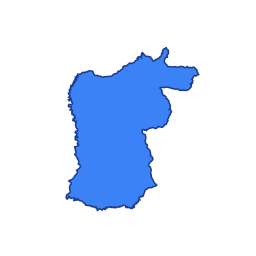 Ledesma, Jujuy, Argentina, rotated 150°
{"feature_id": "61730980B60516348074924", "entity_name": "Ledesma", "entity_type": "district", "adm_level": 2, "iso_a3": "ARG", "parent_name": "Argentina", "parent_adm1": "Jujuy", "projection": "orthographic", "projection_center": [-64.879, -23.773], "detail": "fine", "context": "isolated", "style": "filled", "palette": "blue", "viewbox_px": 256, "rotation_deg": 150, "n_neighbors": 0, "source": "geoboundaries", "source_scale": "gbopen_adm2", "svg_char_len": 5862}
<svg xmlns="http://www.w3.org/2000/svg" viewBox="0 0 256 256"><g transform="rotate(150 128 128)"><path d="M41.1,148.1L42.7,148.3L43.4,149.1L43.9,149.0L44.8,149.9L45.5,150.1L45.8,151.3L46.2,151.1L46.4,151.5L46.9,151.3L48.8,151.9L49.3,153.3L50.1,153.5L51.1,154.8L52.7,155.3L53.2,155.1L54.9,156.0L56.9,157.8L58.1,158.2L60.9,159.9L61.5,160.6L62.5,160.9L63.1,162.0L62.8,162.8L63.7,166.2L63.0,167.8L62.3,168.9L60.0,170.2L58.5,169.6L57.6,171.8L56.4,171.9L55.5,172.6L54.7,174.3L54.3,174.6L54.2,175.2L54.9,176.3L54.7,178.4L58.0,178.5L58.8,177.8L59.4,177.7L60.2,176.2L61.3,176.0L61.1,175.3L62.6,174.6L63.5,173.7L65.2,173.6L65.5,173.1L66.7,172.8L67.6,173.4L68.8,173.0L70.4,173.4L70.8,172.9L71.3,173.3L72.3,173.0L72.8,173.2L72.9,175.1L72.7,175.8L73.2,177.1L72.9,178.2L75.1,180.2L76.8,181.3L77.8,186.0L78.7,185.9L79.7,184.9L79.2,184.0L80.9,183.7L81.1,182.8L81.4,183.7L82.2,183.5L82.8,184.2L83.3,183.8L84.1,184.4L84.4,183.7L85.3,183.7L84.8,182.7L85.2,182.1L87.8,182.6L90.3,181.6L91.7,182.1L92.8,182.0L94.0,183.4L98.5,182.6L99.9,183.6L101.9,183.5L102.0,182.6L103.9,181.8L104.9,181.9L106.5,181.4L108.3,182.1L109.9,180.8L111.4,181.3L112.3,181.2L112.8,181.8L116.6,181.1L119.8,182.8L123.6,184.5L124.4,184.4L125.5,185.5L125.6,186.4L127.3,187.3L128.1,188.8L130.2,189.9L130.7,191.5L130.2,193.7L130.4,195.1L131.5,195.7L131.9,196.3L133.9,197.2L135.3,197.0L137.1,197.9L138.2,197.5L138.9,198.6L139.8,198.9L142.7,198.3L144.3,199.8L145.5,199.1L145.3,198.0L145.8,197.9L146.0,198.8L147.0,198.3L146.6,197.2L147.5,197.6L148.1,198.3L148.5,196.9L148.2,196.7L148.2,196.1L149.2,197.1L149.6,196.9L149.5,194.9L151.1,194.3L151.6,195.3L151.1,195.6L151.4,195.7L152.3,195.0L152.4,193.5L153.3,193.5L153.7,193.9L154.2,192.4L155.0,192.7L155.6,192.3L155.8,193.4L156.2,193.5L156.7,192.7L155.9,192.1L158.0,191.5L158.2,189.9L158.7,190.0L159.0,190.5L159.9,190.2L160.3,189.1L160.0,188.0L161.1,187.5L162.1,188.0L162.5,186.7L162.1,186.1L162.1,185.0L163.8,184.3L163.0,184.0L163.0,183.1L164.0,182.3L165.5,182.3L165.3,181.0L164.5,181.1L163.4,182.0L162.6,181.8L163.4,179.6L163.9,179.1L163.5,177.3L164.3,176.6L165.5,176.6L167.4,178.0L168.6,177.0L168.6,175.7L166.6,174.8L167.7,172.9L169.2,172.8L168.9,172.2L167.7,171.9L167.4,171.0L167.6,170.4L168.3,170.4L168.9,169.7L168.8,167.8L169.4,168.3L169.7,167.9L169.0,167.4L169.0,166.2L168.0,165.6L168.6,164.5L168.5,163.4L169.0,163.0L170.5,163.6L170.6,162.3L171.4,162.7L172.0,162.1L171.7,161.5L170.5,161.2L170.7,159.8L169.5,159.4L171.6,157.4L172.2,156.5L172.7,154.0L172.3,152.8L172.6,151.3L173.2,150.9L175.0,151.3L176.0,150.5L175.7,149.7L174.9,149.4L174.8,148.6L176.1,147.6L176.2,146.4L176.7,146.5L176.9,147.2L177.4,147.0L176.2,145.6L176.2,145.0L177.0,145.0L178.4,146.3L179.3,144.7L179.4,144.0L178.1,142.8L177.8,141.6L178.1,140.7L179.8,139.8L179.7,138.8L179.1,138.4L179.4,137.8L180.0,137.4L183.7,138.3L184.0,137.5L183.9,136.5L184.5,135.6L185.2,132.7L185.7,132.1L187.0,132.0L187.4,131.6L186.8,128.9L187.2,126.5L187.0,125.0L187.7,123.0L189.1,121.6L188.1,120.2L188.5,118.2L190.4,117.4L193.8,117.1L193.6,115.6L194.2,114.7L195.3,113.9L197.5,113.4L200.1,111.8L202.9,111.5L205.4,112.0L205.7,111.3L204.8,109.7L204.8,108.4L205.3,107.8L206.8,107.4L208.7,105.3L210.0,101.4L210.5,101.0L214.3,100.8L216.3,98.9L216.6,97.8L216.3,96.9L215.7,96.9L214.3,97.6L213.9,98.5L213.5,98.5L213.0,97.7L213.1,96.2L212.8,95.7L209.2,94.3L209.1,93.0L211.1,92.8L211.0,92.1L208.5,91.3L207.8,91.7L207.5,90.9L206.6,91.4L206.5,89.6L204.4,87.8L203.7,85.1L203.0,84.5L203.3,83.6L203.2,82.2L201.9,81.5L201.6,80.9L200.4,80.5L200.2,79.9L199.5,79.6L199.2,78.8L198.2,78.6L198.0,78.2L198.3,77.5L196.8,76.8L196.4,75.8L195.1,75.6L195.0,75.1L195.7,74.4L195.2,73.2L195.8,72.3L195.5,71.7L194.7,72.2L193.3,72.4L192.8,71.6L192.2,71.2L191.5,69.8L190.1,70.4L189.8,70.1L188.8,70.0L188.8,69.1L188.3,68.7L187.4,69.2L186.9,70.2L186.5,70.1L186.0,69.2L184.9,69.8L183.9,69.1L183.5,68.3L182.2,68.3L181.7,67.7L182.1,67.6L182.0,67.4L180.6,66.5L179.2,66.7L179.2,65.3L178.2,65.4L177.8,64.9L176.9,65.0L174.7,63.7L174.2,64.3L173.5,63.6L170.3,63.3L169.3,62.2L168.9,61.0L169.2,60.7L168.6,60.6L168.9,60.0L168.1,60.1L167.9,59.1L167.4,59.1L166.1,57.6L165.6,57.6L165.6,56.9L164.7,57.0L164.4,56.2L163.4,56.6L162.6,56.3L162.7,56.9L162.2,57.0L162.6,57.3L162.6,57.7L162.2,57.7L162.0,58.3L161.3,57.8L160.3,58.5L159.1,58.3L158.5,59.1L158.2,58.5L157.9,59.0L157.5,58.8L156.3,59.5L155.9,59.0L154.5,60.4L153.6,59.8L153.5,61.6L153.1,62.3L152.2,62.1L151.1,62.5L150.9,61.7L149.3,61.7L149.1,61.4L143.8,65.9L142.4,65.6L140.0,66.0L137.2,64.4L134.8,64.5L133.0,63.9L131.7,64.2L131.5,64.8L132.4,66.0L132.6,67.9L132.2,74.5L131.2,75.9L131.4,76.7L130.1,78.8L129.1,79.7L128.7,80.7L128.2,83.4L129.0,84.5L128.8,85.7L126.1,87.2L122.8,87.9L121.7,89.1L121.6,91.6L122.5,93.0L121.4,94.0L120.2,97.7L121.3,101.6L120.1,102.9L119.7,104.1L119.8,104.7L120.7,105.4L119.7,107.8L117.3,110.9L116.4,113.2L116.7,114.2L117.6,114.9L118.1,116.6L116.4,119.2L115.1,118.9L114.6,117.6L113.4,117.5L113.2,116.6L112.5,117.2L111.7,116.8L109.8,117.0L106.4,116.1L104.2,113.6L101.0,113.7L100.8,114.0L98.3,111.6L97.0,111.5L95.5,112.2L95.0,112.0L94.2,112.6L92.9,112.1L90.4,114.2L89.6,114.4L89.6,115.5L87.4,116.8L86.8,117.8L84.8,118.3L84.3,119.3L82.2,120.2L82.4,121.2L81.8,123.0L82.5,123.3L82.0,123.4L82.2,123.9L81.3,124.5L80.1,126.1L79.8,129.6L79.2,131.0L79.6,134.0L80.3,134.7L79.5,136.2L80.4,138.2L81.1,138.5L81.2,139.0L80.9,140.9L81.1,141.2L80.3,142.1L80.7,143.1L79.8,143.8L79.7,144.8L80.3,145.6L80.4,146.7L78.6,146.6L76.5,144.9L73.7,144.0L67.9,138.1L65.3,136.9L64.8,135.3L63.1,133.9L62.1,133.7L61.4,133.0L60.9,133.1L59.9,132.0L58.2,131.2L56.0,131.0L52.4,132.2L51.7,133.5L52.0,134.6L51.3,134.5L51.4,135.0L50.9,135.1L50.5,134.5L49.9,134.6L50.0,134.9L48.5,136.1L48.0,137.5L48.3,138.4L46.8,138.8L46.6,139.3L46.0,139.4L44.9,140.4L44.1,140.3L43.4,139.1L40.6,139.2L39.7,138.5L40.3,139.6L40.0,140.2L39.9,142.6L39.4,143.4L39.5,144.4L40.4,147.6L41.1,148.1Z" fill="#3b82f6" stroke="#1e3a8a" stroke-width="1.5"/></g></svg>